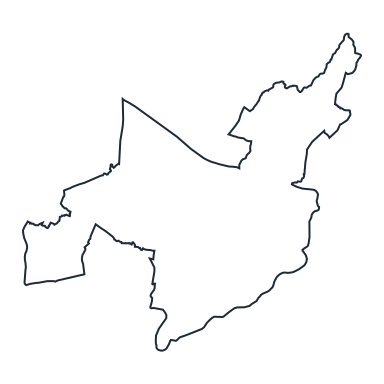 outline of Banjar, Kalimantan Selatan, Indonesia
{"feature_id": "22746128B79736905882971", "entity_name": "Banjar", "entity_type": "district", "adm_level": 2, "iso_a3": "IDN", "parent_name": "Indonesia", "parent_adm1": "Kalimantan Selatan", "projection": "robinson", "projection_center": [114.894, -3.279], "detail": "fine", "context": "isolated", "style": "outline", "palette": "slate", "viewbox_px": 384, "rotation_deg": 0, "n_neighbors": 0, "source": "geoboundaries", "source_scale": "gbopen_adm2", "svg_char_len": 5906}
<svg xmlns="http://www.w3.org/2000/svg" viewBox="0 0 384 384"><path d="M348.8,33.4L348.7,33.8L346.8,33.8L346.0,34.1L345.2,34.8L344.5,35.9L344.1,37.3L343.9,39.2L343.7,40.1L339.7,44.6L339.3,45.5L339.1,47.4L338.3,48.7L336.9,49.8L336.1,51.0L335.2,53.1L333.7,53.8L333.3,53.3L333.6,53.8L332.9,54.7L331.4,59.3L331.2,59.2L330.4,60.0L330.0,61.7L329.7,62.1L328.0,63.0L326.7,64.3L326.4,67.4L325.0,70.1L324.1,73.0L322.6,73.6L320.6,73.7L319.7,74.3L318.4,76.5L316.9,76.9L315.1,78.2L313.4,80.2L311.0,85.5L309.5,85.6L306.7,87.7L304.3,87.5L303.9,87.7L301.7,91.1L300.7,92.0L299.9,92.1L297.7,89.8L297.0,86.5L296.5,86.0L294.2,85.7L293.0,85.9L292.9,85.7L291.3,86.4L290.4,86.3L288.3,87.3L287.8,87.9L286.7,88.4L285.2,87.7L284.9,87.2L284.9,86.1L285.4,85.5L285.5,84.9L284.6,83.9L283.8,83.8L283.4,83.1L283.4,81.8L281.7,81.4L279.4,82.4L276.0,82.8L274.0,83.9L273.5,84.6L273.1,87.2L272.3,87.8L270.0,89.0L269.5,89.5L268.7,89.7L268.2,90.7L267.0,90.4L266.3,90.6L264.5,91.4L263.6,92.5L262.7,92.5L261.9,93.8L261.7,94.9L261.1,95.2L260.0,97.1L258.9,100.7L258.0,101.6L256.7,103.9L254.4,106.6L252.8,109.2L249.9,111.2L244.3,107.2L243.2,109.0L240.8,114.3L239.0,120.5L235.4,125.8L228.6,134.4L234.2,136.3L236.3,136.7L238.0,137.5L243.8,138.4L246.3,140.5L249.0,141.2L251.2,141.2L251.1,143.4L250.2,146.6L250.2,149.3L250.5,150.8L249.3,152.8L248.0,153.8L246.7,155.3L245.8,158.0L245.2,158.5L242.9,159.2L241.4,160.7L239.3,164.8L239.3,168.3L237.4,167.3L232.8,166.7L228.9,166.5L219.7,164.3L211.1,161.7L207.0,159.9L203.8,158.2L190.9,148.9L176.9,136.7L135.0,106.4L128.9,102.7L124.0,100.1L122.7,99.0L123.2,119.8L122.7,126.3L120.3,140.9L119.1,164.1L118.3,163.9L117.7,164.3L115.9,165.6L114.2,167.5L113.7,167.8L112.7,166.9L112.1,164.6L111.3,164.4L110.7,164.7L110.5,167.1L109.9,169.2L110.9,170.4L110.9,171.1L108.6,172.9L107.8,174.4L106.6,174.6L106.1,174.1L104.9,173.5L104.1,173.5L102.8,175.4L101.5,175.5L99.7,176.2L84.5,182.8L79.4,184.3L73.2,186.6L69.8,188.3L64.3,190.3L64.0,190.6L64.4,195.1L64.0,196.4L63.6,196.4L63.3,196.9L60.8,203.6L61.3,204.4L61.7,204.8L62.6,206.4L63.4,206.8L63.5,207.3L64.5,208.1L65.0,208.1L65.2,208.4L66.2,208.4L68.5,211.0L70.5,211.7L70.2,213.3L69.7,213.6L70.0,215.9L69.7,216.2L66.3,214.7L64.7,215.6L64.5,215.2L62.9,215.7L62.2,215.6L62.2,216.1L59.8,217.0L59.5,220.7L59.2,221.1L58.3,221.5L57.0,223.3L54.4,224.7L53.8,223.8L50.7,222.7L49.0,226.2L48.8,226.0L47.7,228.1L46.4,227.7L45.4,226.9L44.9,225.8L42.6,225.7L41.7,225.1L42.7,222.7L39.3,224.2L38.0,225.3L36.2,225.2L35.0,225.1L34.4,224.4L33.6,224.3L33.4,223.9L32.7,223.6L31.5,223.7L31.4,223.4L30.8,223.2L30.0,223.4L30.1,222.7L29.8,222.7L27.8,221.5L24.4,227.0L23.0,230.4L23.1,232.7L24.2,238.1L26.5,243.6L27.1,246.3L27.1,248.1L26.4,251.2L25.6,252.8L25.1,254.6L24.8,256.9L24.9,260.3L25.4,262.2L25.8,266.3L25.8,268.2L25.5,269.4L24.5,283.0L25.3,284.4L26.2,285.1L30.5,283.8L36.2,282.9L38.4,282.8L47.6,281.1L53.6,281.1L55.5,281.6L56.4,281.0L58.4,280.3L84.4,274.3L83.1,264.0L82.0,260.6L81.9,258.2L82.5,255.1L85.2,250.0L85.4,248.8L84.6,247.3L88.9,243.5L88.1,242.3L89.1,239.8L90.3,238.9L90.5,236.6L95.7,224.3L101.2,228.3L105.0,230.7L112.7,236.7L113.6,237.7L114.3,239.4L114.6,239.3L115.0,239.6L116.2,240.9L117.1,241.2L117.9,240.8L118.6,240.7L119.2,241.3L120.1,241.8L121.4,242.0L121.7,242.5L121.7,243.2L125.9,243.3L126.0,243.1L126.3,243.3L128.3,243.2L129.3,243.5L129.5,243.1L131.2,243.8L131.2,244.2L131.6,244.5L132.5,242.3L133.2,242.3L134.8,244.6L135.0,245.4L134.8,245.7L135.3,246.3L135.1,246.8L138.0,247.0L139.3,248.1L140.0,247.9L140.8,249.7L142.0,250.0L143.0,248.3L144.0,249.1L146.4,249.8L150.4,250.1L153.2,250.8L154.4,250.7L153.7,254.7L153.3,259.3L149.8,258.5L154.4,267.5L154.4,271.4L152.3,284.1L152.8,284.4L153.4,284.2L154.0,283.7L155.0,283.7L154.8,285.8L154.6,286.5L154.7,287.9L154.0,289.9L151.4,293.5L150.6,295.3L150.6,296.0L150.9,296.7L151.9,297.6L152.2,298.4L151.8,301.9L150.3,307.0L150.4,307.6L150.9,308.1L151.5,308.3L152.9,308.0L154.5,308.1L162.9,309.7L165.0,312.4L166.2,314.7L166.4,315.8L166.2,318.3L159.0,328.5L156.0,335.6L155.8,341.3L155.9,343.7L156.4,345.1L156.5,347.8L157.6,349.4L158.7,350.0L160.7,350.6L162.7,350.6L165.4,349.5L166.8,348.0L169.0,344.1L170.2,340.9L170.9,339.9L175.8,340.8L176.7,340.4L179.7,337.4L186.1,335.2L202.0,328.9L204.0,327.3L206.8,323.0L208.9,320.8L211.7,318.2L214.0,316.7L222.5,317.0L223.7,316.5L229.4,311.8L234.5,308.2L237.2,307.4L244.1,307.3L249.6,305.9L251.9,303.9L256.6,301.0L258.5,297.7L259.6,296.8L260.9,294.9L262.6,293.8L268.0,291.4L269.5,290.3L272.7,287.0L273.4,285.2L274.1,282.5L274.8,280.6L277.1,276.6L279.6,274.4L282.4,272.9L284.5,272.5L288.0,272.9L292.0,272.4L294.1,271.7L298.9,269.3L304.0,265.6L304.9,264.7L306.4,261.9L306.9,258.6L305.8,255.2L302.5,250.5L302.4,250.0L303.8,248.7L307.5,246.3L308.1,245.2L308.6,243.3L309.5,237.0L309.4,221.4L311.2,217.9L311.8,214.7L312.7,213.2L313.9,211.9L314.9,211.2L317.4,210.6L318.3,210.0L318.8,209.5L319.1,207.0L318.2,206.3L317.7,205.2L316.7,201.3L316.7,200.7L317.3,198.8L318.0,194.4L317.8,193.7L316.5,191.6L315.6,190.7L314.1,190.0L312.7,189.6L302.5,188.6L297.1,186.9L292.3,184.7L291.8,184.3L292.1,183.3L294.7,182.4L296.0,182.6L297.0,182.5L297.7,181.4L300.3,181.7L301.2,181.4L302.0,178.8L302.3,178.3L302.9,178.3L303.5,177.8L304.1,176.4L303.8,174.2L304.4,174.2L305.4,162.3L306.8,154.1L307.0,149.6L312.2,141.8L324.2,130.8L324.5,132.5L324.9,133.1L326.9,134.3L328.7,136.3L329.4,137.8L337.4,130.4L340.2,124.3L341.3,124.1L347.4,120.0L350.4,115.0L350.3,113.2L349.9,112.4L350.0,111.2L349.7,110.5L349.0,110.3L346.0,110.3L344.3,110.0L341.6,108.2L340.4,108.4L340.0,107.4L338.7,107.1L338.5,106.4L337.8,106.3L337.3,105.4L336.3,105.2L335.9,104.3L335.0,104.1L335.6,98.3L336.4,93.7L341.6,87.6L342.8,83.8L345.8,72.8L348.0,74.2L352.4,72.9L354.6,70.5L355.3,69.2L356.3,65.7L356.5,62.7L357.6,61.4L357.8,60.3L360.7,56.5L360.9,55.8L361.0,55.4L360.6,54.7L358.1,53.7L355.4,53.1L355.1,52.8L355.1,48.7L354.8,47.3L353.3,44.8L353.5,42.5L353.4,41.6L351.6,39.3L348.7,37.1L348.5,35.6L348.8,33.4Z" fill="none" stroke="#1e293b" stroke-width="2"/></svg>